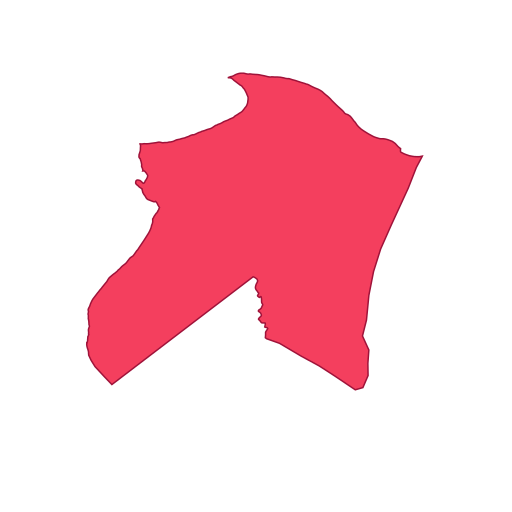 the district of Shambuko, Gash Barka, Eritrea, rotated 25°
{"feature_id": "51966322B24942230220374", "entity_name": "Shambuko", "entity_type": "district", "adm_level": 2, "iso_a3": "ERI", "parent_name": "Eritrea", "parent_adm1": "Gash Barka", "projection": "mercator", "projection_center": [37.812, 14.923], "detail": "fine", "context": "isolated", "style": "filled", "palette": "rose", "viewbox_px": 512, "rotation_deg": 25, "n_neighbors": 0, "source": "geoboundaries", "source_scale": "gbopen_adm2", "svg_char_len": 6058}
<svg xmlns="http://www.w3.org/2000/svg" viewBox="0 0 512 512"><g transform="rotate(25 256 256)"><path d="M103.5,203.4L103.7,203.7L104.2,204.2L104.8,204.8L105.2,206.0L106.4,208.8L106.7,209.7L107.2,213.7L108.1,215.8L109.2,216.6L109.8,216.6L110.3,217.2L110.6,217.6L111.5,218.5L112.2,219.3L113.8,221.5L114.4,223.1L115.1,223.8L116.2,224.7L116.3,225.0L116.9,225.6L117.4,226.4L117.4,226.8L118.2,226.4L118.5,226.2L119.3,226.2L119.7,226.4L121.1,227.0L123.5,228.5L123.8,228.7L124.1,229.5L124.2,230.3L124.4,230.7L124.2,231.8L124.3,232.9L123.9,234.3L123.9,234.7L124.0,235.6L123.9,236.0L123.8,236.8L123.5,237.5L123.3,237.7L122.8,237.7L122.0,237.5L120.8,237.0L119.4,236.7L118.9,236.6L117.8,236.8L116.9,237.0L116.1,237.4L115.6,238.2L115.5,238.5L115.7,239.8L116.1,240.8L116.6,241.2L117.2,241.6L118.2,241.9L118.9,242.0L121.1,242.8L123.0,243.1L123.9,243.4L124.5,243.4L124.6,243.8L126.6,246.3L127.3,246.8L128.4,247.6L129.8,248.3L132.3,250.0L132.7,250.2L134.1,250.5L139.1,250.2L139.7,250.1L140.6,250.0L141.2,249.7L141.5,249.5L141.8,249.0L143.1,249.4L143.7,249.7L144.4,250.3L144.8,250.5L145.5,251.2L148.1,252.9L148.0,254.0L148.2,254.6L148.2,255.1L148.0,256.7L148.2,257.3L147.9,258.0L147.9,258.8L147.5,259.6L147.4,260.2L146.9,263.1L146.9,264.8L146.7,266.1L148.0,268.8L148.4,270.8L148.4,272.3L148.7,273.4L149.0,275.2L149.1,277.9L149.0,280.4L148.0,288.1L147.8,289.6L146.9,295.2L146.4,298.4L146.2,300.1L146.0,300.8L145.7,301.6L144.9,306.2L144.5,307.9L142.8,310.7L142.4,312.1L142.0,313.9L141.4,316.6L141.1,317.7L140.2,319.5L139.6,320.6L138.8,322.3L137.8,325.5L137.1,326.7L136.7,328.3L135.4,331.1L134.7,332.3L133.9,333.9L132.3,337.4L132.0,338.5L131.8,340.0L131.6,342.3L131.1,344.1L130.9,344.9L129.9,348.8L129.5,350.8L128.9,352.7L128.4,355.1L128.1,356.1L126.4,363.8L126.2,365.8L126.2,369.2L126.4,370.9L126.5,372.4L126.4,373.0L126.4,373.5L126.4,374.8L126.5,375.4L126.8,376.0L127.2,376.6L127.6,377.0L128.0,378.3L128.3,379.6L128.7,380.1L129.1,380.6L129.4,381.1L129.6,381.7L129.9,382.2L130.1,382.8L130.6,383.9L131.2,384.5L131.4,384.9L132.5,386.5L132.7,387.1L133.1,387.7L133.7,388.9L134.1,389.2L134.5,389.7L134.8,390.2L135.0,392.5L135.3,393.7L135.6,394.3L136.7,396.2L136.9,396.8L137.2,397.5L137.6,397.8L137.6,398.5L137.8,399.3L137.7,400.0L137.8,400.6L138.1,401.1L138.7,402.9L139.0,403.4L139.2,404.0L139.4,405.3L139.6,406.0L139.3,406.1L140.1,408.0L141.1,409.5L141.7,410.2L141.9,410.5L143.2,411.8L144.5,413.4L145.0,414.1L145.1,414.5L146.3,416.6L150.6,420.2L156.9,424.3L170.4,429.8L179.7,433.4L262.2,276.0L264.3,276.0L264.8,276.1L266.3,276.4L266.9,276.7L267.7,277.4L268.0,278.0L268.2,278.7L268.2,279.6L268.1,281.6L268.4,283.6L268.6,284.3L268.9,285.1L269.3,285.6L269.8,286.1L270.8,286.8L272.1,287.4L273.1,288.1L274.1,288.4L274.2,288.7L274.3,289.8L274.1,290.8L274.2,291.4L274.6,291.7L275.4,291.9L276.2,292.1L276.8,292.0L276.9,291.6L277.3,290.9L277.5,290.7L277.9,290.8L278.2,291.1L279.2,292.7L280.5,295.3L280.9,295.9L281.4,296.3L282.2,296.8L282.7,297.3L282.8,297.7L282.7,298.6L282.8,300.9L282.6,301.5L282.4,302.1L281.5,303.6L281.3,303.9L281.3,304.2L281.3,304.6L281.5,305.0L281.9,305.2L283.3,305.4L284.0,305.6L284.6,306.0L285.5,306.8L285.7,307.1L286.0,307.6L285.9,308.6L285.4,309.8L285.0,310.9L284.9,311.7L284.9,312.1L285.3,312.5L286.2,312.7L286.7,312.9L288.8,314.0L289.3,314.1L289.7,314.1L290.4,313.8L292.5,312.9L292.8,313.0L293.0,313.3L293.3,314.0L293.5,315.0L293.7,315.5L293.8,315.9L293.9,316.6L294.4,316.7L295.6,316.4L296.5,316.3L297.2,316.6L297.3,317.4L296.9,320.2L296.9,321.0L297.1,321.5L298.0,323.4L299.0,326.1L300.6,326.5L306.8,325.9L314.2,325.2L339.7,327.7L359.6,328.9L378.3,331.5L402.5,335.3L408.5,330.1L408.1,317.0L402.8,306.1L398.0,293.5L386.3,283.5L383.2,267.4L374.9,243.9L369.1,220.4L366.0,196.9L365.5,170.7L365.3,130.2L363.9,108.0L364.5,96.0L364.5,95.2L362.0,97.0L360.3,97.8L357.7,98.9L355.8,99.5L352.6,100.3L350.8,100.5L348.8,100.7L347.0,100.8L343.7,100.7L343.1,100.5L342.7,100.1L342.4,99.5L342.1,98.7L341.6,97.5L340.7,97.4L338.5,96.8L334.7,95.2L332.3,94.7L330.9,94.5L329.5,94.6L326.9,94.8L325.4,95.0L323.5,95.4L321.6,96.0L319.5,97.0L318.3,97.4L314.9,97.9L312.9,98.1L311.3,98.1L306.4,97.8L302.2,97.3L300.0,97.0L297.7,96.6L294.2,95.5L292.0,94.5L290.7,93.7L289.4,92.9L287.6,92.2L286.0,91.3L284.1,90.3L282.3,89.5L279.9,89.1L279.1,89.1L277.7,89.3L277.0,89.3L275.9,89.1L275.4,88.8L274.1,88.1L272.2,87.4L268.9,86.4L267.5,86.0L264.5,85.0L258.9,83.0L257.1,82.2L255.4,81.6L253.8,81.1L250.2,80.2L248.5,79.7L246.7,79.1L245.6,78.9L244.0,78.7L241.9,78.6L237.9,78.8L235.0,78.8L232.9,78.7L231.6,78.6L230.2,78.6L229.1,78.9L227.4,79.0L223.5,79.6L217.5,80.3L214.2,80.9L212.4,81.1L211.0,81.3L209.4,82.0L207.8,82.5L206.0,82.8L202.8,83.6L199.6,84.8L197.3,85.9L195.7,86.5L194.5,87.0L193.6,87.6L192.4,88.1L190.8,88.5L188.7,88.9L187.2,89.2L184.9,89.8L183.1,90.2L181.7,90.6L180.9,90.8L179.5,91.4L175.9,92.8L174.2,93.3L173.4,93.6L172.9,94.0L172.6,94.2L171.7,94.6L170.2,95.0L168.5,95.3L167.4,95.6L165.1,96.7L164.2,97.2L163.1,98.0L161.8,99.2L160.6,100.5L159.8,101.7L158.8,102.9L158.4,103.3L157.0,104.3L156.5,104.9L155.7,105.7L155.1,106.3L155.9,106.0L157.0,105.5L158.7,105.2L159.1,105.3L160.7,105.7L161.7,106.1L165.0,106.8L166.3,107.1L167.3,107.3L169.4,107.8L170.4,107.8L171.3,108.0L172.2,108.4L173.2,109.0L174.9,109.7L176.3,110.7L178.2,112.2L179.6,113.5L181.5,115.2L181.9,115.8L182.6,117.4L183.7,120.8L183.9,122.5L183.9,124.5L183.3,126.6L183.1,127.8L182.4,130.6L181.9,131.7L180.3,134.1L179.5,135.5L177.8,138.0L177.3,139.3L176.8,140.3L174.5,142.8L172.9,144.9L170.9,146.9L169.9,148.0L168.8,149.7L167.5,151.3L166.4,152.3L165.9,152.8L165.3,153.7L165.0,154.0L164.1,154.8L162.6,157.4L161.6,159.0L160.1,160.5L159.3,161.1L158.0,162.3L156.4,164.0L155.3,165.0L154.1,166.0L153.4,167.0L152.0,168.2L150.6,169.9L149.4,171.4L148.4,172.4L147.1,173.1L145.7,174.4L144.3,176.2L142.6,177.8L141.5,179.1L140.4,179.9L139.0,181.0L137.4,182.5L136.2,183.3L134.7,184.5L132.6,187.0L131.5,187.9L130.3,188.8L129.0,189.5L127.7,190.6L124.9,192.0L123.7,192.8L121.1,193.4L119.9,193.8L119.0,194.4L117.4,195.6L113.3,198.2L111.5,199.4L109.5,200.5L107.1,201.5L105.4,202.6L103.5,203.4Z" fill="#f43f5e" stroke="#9f1239" stroke-width="1.5"/></g></svg>